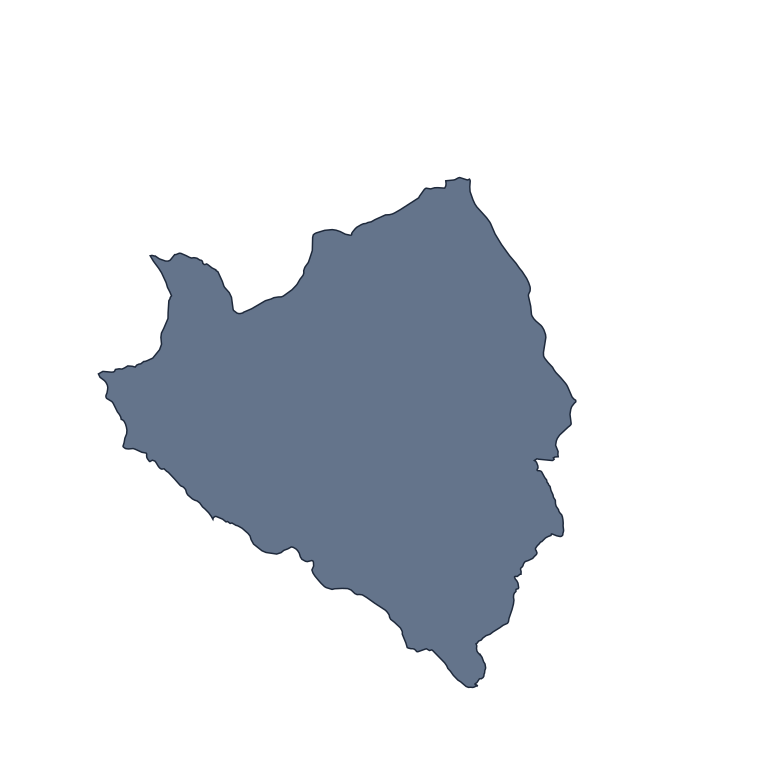 Buenavista, Boyacá, Colombia, rotated 129°
{"feature_id": "7082276B74046727222387", "entity_name": "Buenavista", "entity_type": "district", "adm_level": 2, "iso_a3": "COL", "parent_name": "Colombia", "parent_adm1": "Boyacá", "projection": "natural_earth1", "projection_center": [-73.954, 5.487], "detail": "fine", "context": "isolated", "style": "filled", "palette": "slate", "viewbox_px": 768, "rotation_deg": 129, "n_neighbors": 0, "source": "geoboundaries", "source_scale": "gbopen_adm2", "svg_char_len": 6171}
<svg xmlns="http://www.w3.org/2000/svg" viewBox="0 0 768 768"><g transform="rotate(129 384 384)"><path d="M431.5,646.4L433.7,640.4L435.9,631.8L437.6,626.8L442.4,617.0L445.2,613.0L447.2,608.4L449.2,604.6L451.2,604.6L452.3,604.0L454.7,603.6L464.4,596.7L469.0,593.1L479.2,590.2L484.5,589.0L488.2,586.7L493.1,581.9L498.6,580.0L509.4,580.0L515.4,583.0L516.8,583.9L517.7,584.9L521.4,585.7L522.8,587.0L525.0,588.1L527.4,588.0L528.6,590.7L531.2,594.5L534.6,595.7L537.3,597.0L538.9,599.4L541.7,601.9L543.7,601.4L544.9,601.8L546.3,603.2L551.1,610.4L555.9,612.3L557.5,608.9L557.3,603.4L557.7,601.2L559.0,598.3L560.5,596.5L562.3,595.3L565.2,593.7L567.8,592.9L568.9,592.1L569.5,591.2L569.7,590.3L568.9,584.4L569.4,582.4L573.4,573.7L574.3,570.2L575.3,567.9L576.9,565.9L576.4,564.9L576.5,562.6L577.8,559.7L579.6,557.1L581.7,554.7L584.8,552.6L589.1,551.3L593.3,549.0L596.6,547.7L597.0,546.9L596.9,544.4L596.2,543.1L595.2,541.6L592.0,538.3L591.3,536.4L589.4,529.1L587.4,525.5L587.7,524.4L589.1,523.4L590.2,522.3L590.9,521.0L591.7,518.0L591.6,517.1L589.0,516.1L588.1,513.6L588.4,512.1L590.1,507.3L590.4,505.6L590.4,504.3L590.0,503.1L588.3,501.6L588.6,498.1L588.4,496.1L589.6,487.1L591.0,479.0L591.0,477.2L590.5,476.1L590.4,474.4L590.9,471.7L592.8,469.0L593.7,466.8L593.9,460.6L593.4,458.0L592.5,455.6L592.4,452.3L593.7,447.7L593.8,444.4L594.4,439.2L595.5,435.1L596.8,431.8L595.4,432.5L594.1,432.2L593.2,431.9L592.5,430.9L590.6,424.3L590.6,420.0L589.3,419.0L589.2,415.8L587.7,414.7L587.0,410.0L586.4,408.9L586.0,407.1L585.4,403.5L585.7,395.7L586.4,392.5L588.6,389.3L590.5,384.6L590.4,373.9L589.2,369.7L583.7,360.4L579.9,357.9L576.2,357.1L572.7,355.0L569.0,353.5L568.1,351.9L567.6,348.8L567.8,346.4L568.8,343.4L571.0,340.2L571.9,337.5L571.2,333.5L570.3,331.8L566.6,329.0L566.3,327.8L566.9,326.7L569.8,324.1L573.9,323.0L575.6,320.2L576.7,316.9L577.8,311.4L578.5,307.4L578.9,302.8L578.6,300.8L576.3,295.1L574.2,293.5L569.1,287.8L565.8,283.4L564.8,279.9L565.2,274.8L564.6,272.4L563.0,270.6L561.5,268.2L560.8,262.9L560.2,253.0L558.9,240.4L559.3,237.7L560.2,234.7L561.8,232.8L562.7,230.7L562.6,225.9L563.2,217.9L564.2,215.4L565.1,213.7L566.9,212.4L571.5,204.0L574.2,200.1L573.9,198.9L572.8,196.5L571.6,195.0L571.0,193.6L571.0,191.9L571.4,190.3L570.8,189.2L563.1,184.5L562.5,180.9L560.6,179.6L560.5,178.5L562.5,161.4L563.5,158.0L564.9,155.3L565.4,151.7L566.8,146.7L567.6,140.2L567.2,137.1L567.4,129.9L566.6,127.4L565.1,125.8L564.0,124.1L562.8,123.2L560.2,122.0L560.2,121.6L559.6,121.7L559.6,122.7L560.2,123.9L559.9,124.5L557.4,123.9L553.3,124.3L552.6,124.0L551.9,122.9L549.8,122.3L548.3,122.5L546.4,123.7L545.4,123.9L543.1,125.4L541.5,125.9L540.6,126.4L538.0,129.3L537.2,131.7L534.7,135.8L533.7,139.1L534.1,139.0L533.6,142.3L533.0,143.8L531.3,145.7L529.1,147.1L528.0,149.0L526.6,148.5L524.3,148.7L521.8,147.3L519.2,147.3L515.3,146.3L511.7,144.1L507.9,143.2L500.4,140.6L496.5,139.6L492.4,137.5L491.4,137.5L490.2,137.8L487.6,139.3L478.6,142.6L473.4,145.0L470.2,147.0L468.3,149.1L466.2,150.6L464.3,151.1L462.2,150.9L461.0,151.9L460.3,152.1L458.6,150.9L457.6,151.1L454.4,154.6L453.3,157.2L453.0,159.2L451.9,161.1L451.4,161.2L450.6,160.6L449.7,159.3L446.4,158.6L445.6,157.8L443.5,159.4L441.9,161.5L440.6,161.8L439.3,161.5L437.9,161.6L435.9,162.4L434.0,162.6L432.9,162.4L430.6,160.9L426.0,158.7L423.2,158.6L421.3,158.3L419.8,158.4L418.9,158.9L417.7,160.9L417.5,161.8L416.3,162.9L413.2,163.1L410.5,162.8L408.4,162.9L407.2,162.2L401.9,161.6L399.3,160.5L396.6,158.9L395.2,159.5L394.8,159.1L393.3,154.3L391.7,151.1L390.9,150.4L389.5,150.0L388.7,150.1L387.8,150.8L385.3,151.9L384.5,152.5L381.6,155.5L379.3,157.2L376.9,159.5L375.0,161.7L373.9,163.5L373.4,166.5L372.8,168.1L371.8,169.4L370.7,173.2L369.2,175.3L366.5,177.7L365.4,181.0L363.8,182.9L361.6,187.3L359.1,190.5L358.8,192.5L358.0,193.8L357.8,195.3L356.2,197.3L355.6,200.1L353.1,206.1L353.0,207.0L353.4,208.3L354.7,210.2L354.7,210.6L354.2,211.2L352.3,211.5L350.8,212.9L349.0,216.0L348.6,217.5L348.8,219.0L345.9,218.1L345.2,216.6L337.6,205.1L337.1,204.7L335.4,204.4L334.8,205.9L333.0,205.1L330.9,202.8L329.4,204.5L326.9,206.2L323.6,212.1L319.7,214.3L317.0,215.1L313.1,215.4L301.7,213.8L299.5,213.3L297.8,213.2L296.8,213.8L290.5,220.4L286.0,223.0L283.4,223.9L279.0,224.0L277.3,223.7L276.9,223.9L276.0,224.8L276.2,227.2L275.7,229.8L270.8,239.1L269.9,241.1L269.3,243.1L267.9,250.3L266.9,257.7L266.1,260.6L264.9,263.6L264.0,270.2L262.9,275.1L262.3,276.6L261.8,277.6L259.2,279.9L246.0,287.5L243.9,289.6L241.3,293.8L240.1,296.9L239.7,298.8L239.5,305.4L239.0,308.8L238.0,311.7L237.2,313.1L231.2,319.0L225.1,326.7L224.1,327.7L223.1,328.2L219.8,329.0L217.7,330.5L216.6,331.6L214.3,335.2L212.2,339.5L209.6,347.5L208.8,351.5L207.1,357.4L205.3,367.1L201.7,380.4L197.5,392.1L192.3,402.0L191.6,403.7L190.2,409.0L188.0,423.2L186.9,426.7L184.9,430.7L180.3,438.2L176.8,441.4L171.9,444.8L171.2,445.9L171.0,446.5L172.7,447.3L173.3,448.4L175.9,455.1L177.1,456.0L180.5,457.4L181.8,458.4L187.2,463.9L189.3,461.8L191.2,460.6L193.6,460.1L197.6,465.8L199.7,468.2L203.0,470.5L205.3,474.5L206.2,474.9L207.6,475.1L215.6,474.6L217.5,474.2L238.4,481.1L244.6,483.5L246.6,484.5L248.9,486.2L251.7,489.3L261.9,494.4L266.0,496.0L268.7,498.2L270.5,499.0L272.5,500.9L274.6,502.0L279.3,503.8L281.4,504.1L285.4,504.1L287.3,503.9L288.3,503.1L289.1,503.3L289.7,504.0L291.9,508.3L293.1,514.0L294.6,518.0L296.6,521.4L301.9,526.8L309.3,531.8L310.9,532.5L312.6,532.8L315.0,531.7L325.4,523.7L334.3,520.3L337.2,519.3L342.7,519.0L343.9,518.7L346.5,517.7L348.3,516.1L350.5,515.3L355.4,515.2L361.0,514.3L362.7,514.3L368.7,514.8L379.1,517.6L380.9,518.6L382.9,520.9L386.2,523.9L389.1,525.3L393.9,528.6L409.0,534.3L416.8,538.4L417.6,538.4L419.9,540.2L420.8,541.4L421.4,542.9L421.5,547.3L420.8,548.4L412.6,557.1L410.4,561.7L409.2,568.7L408.7,570.0L406.0,574.2L401.3,583.7L401.5,585.7L401.4,586.5L401.1,586.6L402.0,590.6L402.1,596.1L402.3,597.4L403.5,598.1L404.3,598.9L404.3,600.7L403.4,601.6L402.8,602.8L402.9,604.1L403.6,605.1L403.9,608.4L404.4,609.4L405.5,611.3L407.2,612.8L408.0,614.9L408.7,618.4L410.3,624.1L411.2,625.4L414.3,627.1L415.2,628.1L422.4,628.1L424.3,629.1L425.9,631.1L428.1,637.3L428.5,642.4L429.0,642.9L430.1,645.3L431.5,646.4Z" fill="#64748b" stroke="#1e293b" stroke-width="1.5"/></g></svg>